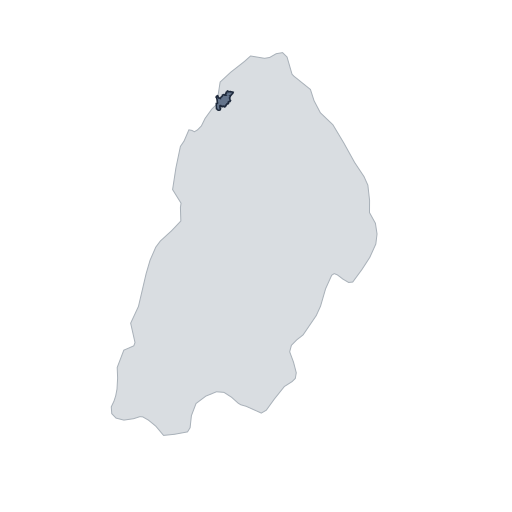 Tading, Samchi, Bhutan shown in context, rotated 110°
{"feature_id": "84629894B93627988982150", "entity_name": "Tading", "entity_type": "district", "adm_level": 2, "iso_a3": "BTN", "parent_name": "Bhutan", "parent_adm1": "Samchi", "projection": "orthographic", "projection_center": [89.262, 26.881], "detail": "fine", "context": "in_parent", "style": "filled", "palette": "slate", "viewbox_px": 512, "rotation_deg": 110, "n_neighbors": 0, "source": "geoboundaries", "source_scale": "gbopen_adm2", "svg_char_len": 4876}
<svg xmlns="http://www.w3.org/2000/svg" viewBox="0 0 512 512"><g transform="rotate(110 256 256)"><path d="M401.0,219.4L400.4,222.4L397.1,230.6L395.1,239.5L397.1,246.7L404.8,255.2L415.1,261.9L428.1,262.1L439.9,259.2L444.7,260.2L451.4,271.6L456.2,281.5L450.2,291.9L447.0,301.0L445.9,307.4L446.7,310.2L450.7,315.3L455.4,324.0L456.2,332.1L453.5,337.6L447.3,340.4L440.8,339.8L435.4,340.0L428.6,341.1L418.0,344.3L408.2,348.3L389.7,348.0L382.2,340.1L378.7,340.1L362.0,350.8L343.6,349.2L310.2,353.2L296.2,354.1L281.9,353.2L274.6,351.0L261.0,343.9L248.8,338.6L236.3,343.6L232.0,344.5L222.1,357.1L200.5,361.4L178.9,364.5L172.5,362.9L160.4,362.2L159.9,359.2L160.3,356.4L157.5,354.1L152.5,351.8L144.1,350.9L133.2,347.8L126.9,344.8L104.8,349.2L91.9,342.6L77.3,333.5L69.9,329.5L67.3,315.5L64.7,311.0L59.0,306.2L55.8,300.6L58.4,294.9L72.9,284.3L74.1,281.8L80.9,261.8L90.2,254.6L99.4,244.5L106.4,228.6L119.8,212.1L134.4,195.3L144.5,181.6L151.2,175.1L164.9,168.3L176.4,164.2L184.4,155.0L193.9,149.8L203.8,147.5L218.4,148.6L232.3,151.8L247.4,156.2L249.2,159.9L248.0,166.4L245.9,173.1L245.8,176.5L248.2,178.3L263.0,179.4L281.1,178.2L291.3,179.0L314.1,184.8L320.8,189.0L327.8,192.2L334.5,191.6L343.0,184.4L352.0,178.2L357.6,177.2L361.6,179.1L368.9,184.7L384.0,189.8L397.4,193.6L401.8,197.3L400.6,213.9L401.0,219.4Z" fill="#d9dde1" stroke="#a8b0b8" stroke-width="1"/><path d="M110.1,335.4L110.2,335.6L110.3,335.7L110.3,335.8L110.4,336.0L110.5,336.1L110.5,336.3L110.4,336.3L110.2,336.5L110.3,336.7L110.4,336.8L110.5,336.9L110.5,337.0L110.8,337.4L110.9,337.5L111.0,337.6L111.0,337.9L111.1,338.0L111.1,338.3L110.9,338.4L110.8,338.5L110.7,338.6L110.6,338.8L110.5,339.0L110.7,339.3L110.8,339.3L111.0,339.4L111.3,339.4L111.6,339.5L111.8,339.6L112.0,339.7L112.0,339.8L112.2,340.0L112.3,340.0L112.5,340.0L112.6,339.9L112.8,339.8L112.9,339.7L113.0,339.5L113.3,339.7L113.4,339.8L113.5,339.8L113.8,339.9L113.8,340.0L114.0,340.0L114.3,339.9L114.5,339.8L114.7,339.7L114.9,339.5L115.0,339.4L115.1,339.2L115.2,339.4L115.2,339.5L115.3,339.8L115.5,340.0L115.6,340.4L115.6,340.5L115.5,340.8L115.4,340.8L115.3,341.0L115.2,341.1L115.3,341.3L115.3,341.5L115.5,341.6L115.7,341.8L115.8,342.0L116.0,342.2L116.2,342.3L116.3,342.6L116.5,342.6L116.8,342.4L117.1,342.3L117.3,342.4L117.7,342.5L117.9,342.5L118.0,342.6L118.2,342.9L118.3,343.0L118.7,343.2L118.9,343.2L119.2,343.2L119.3,343.2L119.5,343.4L119.8,343.5L120.0,343.5L120.2,343.4L120.2,343.5L120.1,343.9L120.0,344.0L119.9,344.2L120.0,344.3L120.1,344.5L120.3,344.7L120.3,344.8L120.4,345.0L120.3,345.3L120.1,345.5L119.9,345.7L119.6,345.8L119.5,346.0L119.4,346.2L119.3,346.3L119.0,346.3L118.9,346.3L118.7,346.4L118.6,346.6L118.6,346.8L118.5,347.0L118.8,347.2L118.8,347.3L119.0,347.5L119.3,347.6L119.5,347.8L119.8,347.8L120.0,347.5L120.4,347.8L120.7,347.2L121.7,346.7L122.5,345.9L122.8,345.9L123.1,345.6L123.4,345.6L123.7,345.3L124.3,345.2L125.3,344.4L125.6,344.4L125.8,344.4L126.3,345.5L131.2,343.5L131.2,343.3L131.2,343.0L131.3,342.9L131.5,342.6L131.7,342.4L131.8,342.2L131.9,341.8L131.9,341.6L131.9,341.2L131.8,340.9L131.7,340.6L131.6,340.4L131.5,340.2L131.2,339.9L130.9,339.6L130.7,339.6L130.4,339.6L130.2,339.6L129.9,339.7L129.8,339.8L129.6,339.8L129.4,339.8L129.3,340.1L129.3,340.3L129.2,340.4L129.2,340.5L128.9,340.7L128.4,340.7L128.3,340.8L128.2,340.8L127.9,340.9L127.8,341.0L127.6,341.2L127.4,341.4L127.1,341.3L126.9,341.2L126.7,340.9L126.6,340.4L126.7,340.2L126.8,340.1L127.0,339.9L127.2,339.7L127.3,339.6L127.4,339.4L127.4,339.0L127.3,338.9L127.3,338.7L127.1,338.5L126.8,338.5L126.6,338.4L126.4,338.4L126.3,338.2L126.3,337.8L126.4,337.5L126.5,337.4L126.6,337.1L126.8,336.9L126.8,336.7L126.7,336.4L126.6,336.2L126.4,336.1L126.2,336.1L125.7,336.3L125.5,336.2L125.4,336.2L125.3,335.9L125.3,335.7L125.2,335.7L124.9,335.6L124.7,335.6L124.5,335.8L124.4,335.8L124.2,335.8L124.1,335.6L123.9,335.4L123.7,335.4L123.4,335.5L123.1,335.4L122.9,335.3L122.8,335.1L122.8,334.8L122.8,334.6L122.7,334.6L122.5,334.4L122.4,334.3L122.1,334.0L121.9,334.0L121.7,334.1L121.4,334.6L121.1,334.8L120.8,334.8L120.5,334.6L120.3,334.5L120.3,334.4L120.2,334.3L120.2,333.8L120.1,333.6L120.0,333.4L119.9,333.3L119.7,333.2L119.2,333.2L118.8,333.1L118.6,333.1L118.6,333.3L118.6,333.5L118.4,333.9L118.2,334.0L117.9,334.0L117.7,334.1L117.4,334.1L117.2,334.2L117.1,334.3L117.0,334.5L116.9,334.7L116.8,334.8L116.7,334.9L116.6,335.0L116.4,335.0L116.2,335.0L116.1,334.9L115.9,334.9L115.7,334.8L115.4,334.7L115.2,334.6L114.9,334.7L114.8,334.8L114.7,334.8L114.4,334.8L114.2,334.9L114.2,335.0L114.1,334.9L113.9,334.6L113.7,334.6L113.4,334.5L113.4,334.4L113.1,334.2L112.9,334.2L112.6,334.2L112.4,334.2L112.2,334.1L111.8,333.7L111.7,333.6L111.4,333.5L111.2,333.5L111.0,333.4L110.9,333.4L110.7,333.4L110.2,333.4L109.9,333.4L109.9,333.5L109.9,333.9L109.9,334.0L110.0,334.2L110.0,334.4L110.1,334.5L110.1,334.8L110.1,335.0L110.1,335.3L110.1,335.4Z" fill="#64748b" stroke="#1e293b" stroke-width="1.5"/></g></svg>